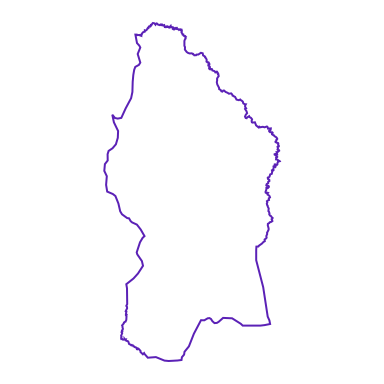 the district of Uvira, Sud-Kivu, Democratic Republic of the Congo
{"feature_id": "63176286B42701779698156", "entity_name": "Uvira", "entity_type": "district", "adm_level": 2, "iso_a3": "COD", "parent_name": "Democratic Republic of the Congo", "parent_adm1": "Sud-Kivu", "projection": "albers", "projection_center": [29.091, -3.199], "detail": "fine", "context": "isolated", "style": "outline", "palette": "violet", "viewbox_px": 384, "rotation_deg": 0, "n_neighbors": 0, "source": "geoboundaries", "source_scale": "gbopen_adm2", "svg_char_len": 5946}
<svg xmlns="http://www.w3.org/2000/svg" viewBox="0 0 384 384"><path d="M270.1,324.0L269.4,320.4L267.7,316.6L263.2,287.2L256.2,260.2L256.2,250.2L256.4,246.6L258.4,246.5L258.9,245.7L261.9,243.6L263.4,242.0L264.8,241.2L264.6,239.5L266.1,238.4L266.6,237.7L266.3,236.1L267.2,234.0L267.0,232.9L268.6,229.7L268.6,228.3L267.8,225.4L267.9,223.8L269.3,223.0L269.7,222.3L271.4,221.8L272.4,221.0L271.6,219.2L272.5,218.5L272.6,217.9L271.9,217.4L270.8,215.9L269.9,215.5L269.2,214.1L269.5,213.4L268.9,211.6L268.4,211.1L268.7,208.5L267.7,206.5L267.6,205.5L267.1,205.0L266.8,203.5L267.3,202.5L266.9,201.2L267.6,200.6L269.0,200.0L268.8,198.3L270.0,197.4L269.6,196.2L269.0,195.5L267.5,194.5L267.4,193.6L268.0,192.9L267.5,192.7L266.3,193.0L265.7,192.7L265.5,192.0L266.4,189.3L266.4,187.9L267.9,188.0L268.9,186.9L268.8,186.3L268.4,185.9L266.7,185.8L266.3,185.3L266.7,184.1L268.2,183.1L268.2,181.8L269.4,181.0L269.3,179.9L268.0,179.0L267.7,177.8L267.9,177.5L268.7,177.4L269.5,176.7L270.2,174.4L271.8,173.8L272.2,171.6L271.9,170.3L272.4,170.0L273.2,170.4L273.6,170.0L273.3,169.0L273.7,167.6L273.5,166.4L274.1,166.1L274.6,166.2L275.3,167.0L275.6,166.7L275.5,166.2L274.6,165.2L274.7,164.4L275.1,164.3L276.0,165.0L277.1,164.8L277.4,164.4L277.4,163.2L277.9,162.0L278.8,161.4L279.7,161.2L279.5,160.9L278.0,160.7L277.8,159.9L277.2,159.6L276.1,159.4L276.3,158.7L276.0,157.8L276.2,157.4L277.2,157.0L277.2,156.4L274.6,154.6L274.6,154.2L275.2,154.0L277.1,154.1L276.6,152.1L277.5,152.1L279.2,150.7L279.1,150.3L278.1,150.2L277.5,149.6L278.0,148.2L277.5,146.8L277.9,146.4L278.8,146.3L278.8,145.7L278.1,144.6L278.3,143.4L278.0,143.0L276.6,142.7L275.5,142.0L275.5,141.5L276.4,140.7L276.4,139.7L277.2,139.1L277.2,138.5L276.3,137.3L274.4,136.1L273.8,135.2L273.2,135.1L272.0,134.3L272.0,133.7L272.7,132.9L272.3,132.3L270.1,132.2L269.2,131.4L269.2,130.7L269.8,130.6L270.6,129.9L270.8,128.4L268.0,128.6L267.6,127.1L266.9,126.5L264.6,127.3L262.8,126.8L260.2,127.3L259.3,126.6L259.0,126.7L259.4,127.3L258.8,127.6L256.1,125.4L254.9,122.3L252.5,122.6L251.9,122.3L251.6,120.9L252.1,119.3L250.9,117.8L249.4,117.0L249.1,116.2L246.9,117.6L246.6,118.2L245.7,118.0L245.0,116.6L245.8,114.7L247.1,113.2L246.5,111.2L245.0,108.9L245.3,108.4L246.0,108.2L245.1,106.7L245.1,105.7L245.8,104.3L244.7,104.2L243.3,103.4L242.8,101.6L241.5,100.5L240.8,100.2L240.2,99.5L238.9,100.2L236.5,99.6L235.1,96.9L234.1,96.5L233.4,95.8L232.6,95.7L232.1,94.4L231.2,93.4L228.9,93.7L227.6,92.8L225.7,92.0L224.0,90.5L223.2,90.6L222.4,91.6L221.4,91.3L220.6,89.9L219.2,89.2L219.0,87.7L217.3,84.5L216.8,82.2L217.2,80.0L217.0,79.0L217.4,77.9L218.7,76.1L218.4,74.6L218.0,74.4L218.2,73.6L217.0,71.7L216.7,71.7L216.3,72.5L215.3,72.4L215.1,71.7L214.4,71.1L212.3,70.4L211.9,69.1L210.9,69.0L210.2,69.4L209.5,69.1L209.0,68.1L209.3,67.6L209.9,67.4L209.9,66.9L209.5,66.3L208.3,65.6L208.4,64.8L209.4,64.3L209.4,63.9L208.6,62.4L208.0,62.2L207.6,62.5L206.5,61.6L206.7,59.9L206.1,58.4L205.1,57.4L205.2,56.9L204.8,56.4L203.1,55.4L202.7,53.3L200.9,52.8L198.4,54.5L196.5,54.6L196.1,55.2L194.3,55.3L193.2,54.0L192.8,54.1L192.5,53.6L191.3,53.3L189.9,53.5L188.2,53.0L186.7,52.0L184.9,49.6L185.0,47.1L184.4,45.8L184.4,40.9L185.0,39.2L185.6,38.6L185.4,37.1L185.8,36.8L185.1,36.0L184.4,36.1L184.0,35.9L183.4,35.4L183.4,34.6L182.5,34.4L182.5,33.8L181.5,32.5L181.9,30.9L181.7,30.1L181.0,30.5L180.8,30.3L181.1,29.8L180.8,29.3L179.9,29.3L179.0,29.9L178.6,29.3L176.8,29.0L176.8,28.1L176.2,28.3L175.9,27.9L174.5,28.7L174.9,29.0L174.4,29.4L173.6,29.4L172.9,29.0L173.2,28.1L172.9,27.9L173.3,27.5L173.0,27.3L172.5,27.7L172.0,27.3L171.2,27.3L171.4,26.9L170.9,26.7L170.7,25.9L169.1,27.6L168.4,27.0L167.9,27.0L168.0,26.6L167.4,26.3L166.7,26.4L166.5,26.9L166.0,26.9L165.8,27.2L165.0,27.1L165.1,26.5L164.5,26.3L164.2,25.1L163.0,25.5L162.2,24.5L161.9,24.5L161.6,24.9L161.2,24.6L160.9,25.0L160.3,24.6L159.7,25.1L158.0,24.6L157.1,23.6L156.5,23.4L156.1,23.6L155.5,24.7L154.3,23.3L152.9,23.0L152.3,23.6L151.6,24.9L150.9,24.9L150.9,25.8L150.4,26.5L149.3,26.2L148.9,26.6L148.7,27.5L148.3,27.4L148.0,27.7L148.3,28.1L146.9,29.3L146.6,30.0L145.5,30.7L144.8,30.4L144.7,31.7L143.1,32.2L142.0,33.5L141.9,34.1L141.4,34.4L141.4,35.2L140.7,35.1L140.9,35.7L138.9,35.0L137.3,35.1L136.9,34.6L135.4,34.6L137.0,43.1L139.3,45.6L140.3,47.5L137.7,54.0L140.3,62.6L138.9,64.9L135.3,66.9L134.2,69.8L133.3,75.0L132.7,81.8L132.4,92.0L131.1,98.2L125.7,108.3L121.3,117.9L117.7,118.6L115.0,118.0L112.3,114.7L113.9,122.3L118.1,131.0L117.8,137.8L115.9,144.3L112.5,148.3L108.6,150.9L107.6,154.2L107.7,160.5L104.9,164.1L104.3,170.9L106.8,176.2L106.1,184.9L107.2,191.6L112.8,194.0L115.4,196.0L118.4,203.5L120.2,211.3L122.0,214.3L127.2,218.1L129.0,218.3L130.7,221.2L132.1,222.4L136.9,224.6L140.7,229.5L144.5,236.1L142.6,237.9L140.0,242.3L136.7,252.4L137.3,254.4L141.9,261.1L143.0,265.8L138.0,273.5L133.5,278.5L126.3,284.2L127.0,288.3L127.2,304.1L126.3,305.9L127.0,306.9L127.1,308.3L125.7,311.2L126.4,311.7L126.0,313.2L126.3,314.2L126.7,314.7L126.5,315.1L125.9,315.0L125.9,315.3L126.5,316.3L126.3,319.9L125.5,321.7L124.9,321.8L123.9,322.6L123.8,323.4L122.1,325.4L122.5,326.3L122.5,327.3L122.9,328.8L122.7,329.6L122.0,330.4L122.3,331.0L122.0,331.3L122.2,331.5L121.6,332.3L122.2,333.1L121.1,335.9L121.5,336.5L121.1,338.0L121.3,338.9L121.9,338.7L122.5,339.5L123.2,339.7L124.5,339.3L124.5,339.0L124.7,339.3L125.6,339.3L125.2,339.9L125.5,340.3L125.9,340.2L126.7,340.9L127.7,341.1L128.3,341.6L129.1,344.0L130.6,344.7L131.1,345.2L131.6,345.0L131.8,345.4L132.8,345.3L133.4,346.3L134.0,346.3L134.7,347.1L135.8,347.3L136.4,347.9L136.9,349.2L137.3,349.3L137.9,348.4L138.6,348.8L140.5,350.9L140.5,352.0L142.9,354.3L144.1,353.1L144.5,353.9L147.8,357.7L155.9,357.1L164.5,360.6L168.7,361.0L177.5,360.5L181.5,360.0L181.9,357.2L184.1,354.6L184.5,351.8L188.9,346.4L193.9,333.7L201.0,320.2L204.3,320.3L207.7,318.3L209.5,318.1L211.0,319.0L212.4,321.2L214.5,323.1L216.9,322.9L218.7,321.8L223.1,317.9L232.1,318.3L240.8,323.8L242.7,325.6L260.4,325.6L264.6,325.1L270.1,324.0Z" fill="none" stroke="#5b21b6" stroke-width="2"/></svg>